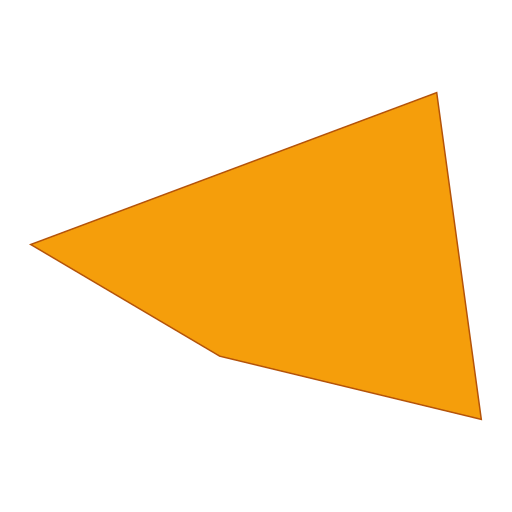 the state/province of Ijuw
{"feature_id": "NRU-4980", "entity_name": "Ijuw", "entity_type": "state/province", "adm_level": 1, "iso_a3": "NRU", "parent_name": "Nauru", "parent_adm1": "", "projection": "mercator", "projection_center": [166.951, -0.505], "detail": "fine", "context": "isolated", "style": "filled", "palette": "amber", "viewbox_px": 512, "rotation_deg": 0, "n_neighbors": 0, "source": "natural_earth", "source_scale": "10m", "svg_char_len": 189}
<svg xmlns="http://www.w3.org/2000/svg" viewBox="0 0 512 512"><path d="M436.7,92.6L481.3,419.4L219.8,356.2L30.7,244.5L436.7,92.6Z" fill="#f59e0b" stroke="#b45309" stroke-width="1.5"/></svg>